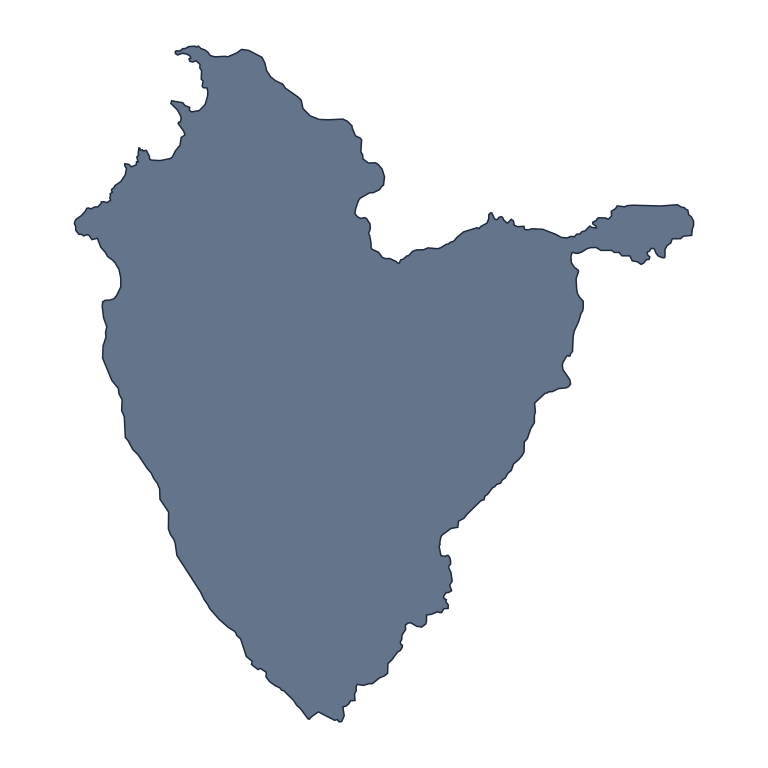 Santa Cruz, Guanacaste, Costa Rica
{"feature_id": "36466004B7119067190129", "entity_name": "Santa Cruz", "entity_type": "district", "adm_level": 2, "iso_a3": "CRI", "parent_name": "Costa Rica", "parent_adm1": "Guanacaste", "projection": "orthographic", "projection_center": [-85.683, 10.236], "detail": "fine", "context": "isolated", "style": "filled", "palette": "slate", "viewbox_px": 768, "rotation_deg": 0, "n_neighbors": 0, "source": "geoboundaries", "source_scale": "gbopen_adm2", "svg_char_len": 6064}
<svg xmlns="http://www.w3.org/2000/svg" viewBox="0 0 768 768"><path d="M687.8,210.1L685.5,209.0L684.4,207.6L681.4,207.1L677.4,204.7L660.7,206.0L633.5,205.2L627.3,205.6L624.4,206.8L617.2,205.9L615.5,208.6L611.3,211.2L611.5,216.1L609.0,218.6L608.0,219.1L605.7,218.0L598.5,217.8L597.4,218.3L596.4,220.4L592.6,222.3L592.9,224.0L596.1,226.3L596.3,227.9L591.9,227.4L589.8,226.1L585.0,230.9L582.1,231.6L579.7,234.0L576.5,234.2L574.6,236.7L570.6,236.4L567.1,238.0L561.2,237.4L556.2,234.5L542.7,229.3L532.0,228.7L528.5,229.8L525.4,229.6L524.3,229.0L524.0,226.3L517.6,226.7L514.4,225.4L513.4,220.9L511.2,219.3L507.4,223.2L504.1,220.5L502.5,217.4L501.3,216.6L499.0,217.3L497.3,219.6L495.5,219.4L494.4,218.5L491.8,212.9L490.5,212.9L488.8,214.6L488.7,218.9L486.9,223.2L481.0,226.3L479.0,228.6L477.2,227.7L463.5,231.9L456.5,237.8L454.0,241.0L450.1,242.4L448.3,244.0L446.2,244.3L440.6,247.8L437.6,248.7L428.0,247.9L423.3,249.8L416.7,249.9L412.6,251.3L408.5,255.7L406.7,256.0L403.3,259.1L400.7,259.9L399.3,263.1L397.7,263.2L395.8,261.3L389.7,258.5L385.6,258.6L382.4,257.5L378.5,252.2L372.0,249.3L371.0,247.3L371.1,243.6L369.6,235.2L368.6,233.7L370.3,228.7L370.0,223.8L366.4,218.4L364.3,217.6L361.2,218.4L359.2,217.8L357.0,216.3L354.9,213.5L355.7,208.6L358.5,200.5L360.3,198.1L369.6,192.8L373.3,192.7L379.6,189.6L381.8,186.3L383.5,185.2L384.5,176.9L382.1,169.0L377.8,164.1L375.4,162.8L368.4,163.0L363.0,158.9L362.6,154.8L360.9,151.9L361.6,139.8L360.1,138.0L355.4,135.8L352.2,127.9L352.0,125.9L347.5,121.3L342.9,119.1L328.0,119.8L319.1,119.4L310.2,115.9L303.0,108.6L301.2,100.1L298.0,97.0L285.4,88.2L282.7,84.1L275.5,80.7L270.6,76.8L266.6,70.5L264.9,63.1L262.0,57.3L248.7,50.4L241.6,49.4L236.8,52.9L227.6,56.9L225.4,56.3L215.0,56.8L211.9,56.1L209.7,55.0L208.1,52.4L204.9,49.9L201.0,48.6L198.4,46.1L196.0,47.0L194.9,46.1L188.5,46.6L185.6,48.4L182.8,48.7L179.9,50.9L176.1,50.9L175.3,51.6L175.4,53.6L177.6,55.0L182.4,53.3L186.6,54.0L189.6,55.7L190.5,57.1L190.8,58.1L189.0,58.9L189.9,61.3L192.7,62.0L196.1,60.8L200.0,64.4L199.8,67.8L201.6,70.8L201.2,79.2L203.1,80.9L202.2,86.0L203.2,87.7L206.9,88.0L207.8,91.3L207.6,96.0L205.1,104.5L199.4,110.5L191.6,111.9L189.4,110.3L189.7,107.4L184.9,105.5L182.7,102.7L171.6,100.8L170.9,103.4L177.3,109.8L180.7,116.1L181.1,118.9L180.3,122.0L179.0,122.0L178.1,123.5L183.8,131.4L184.7,134.3L184.5,135.3L181.2,137.4L180.0,145.3L175.5,150.7L172.5,156.7L170.4,158.5L160.1,160.6L151.5,160.1L149.8,159.4L149.2,155.8L146.3,150.4L143.1,150.9L142.5,149.8L140.4,150.2L139.9,148.3L138.9,147.9L138.1,153.6L138.6,154.9L136.8,157.1L138.1,161.9L136.5,161.8L136.2,164.8L131.5,166.8L128.7,164.3L124.9,163.7L124.6,165.4L126.5,168.7L125.2,174.9L120.8,181.6L115.0,185.5L114.0,187.6L111.7,189.4L111.5,190.8L112.5,192.1L110.2,193.8L110.4,196.0L109.7,198.0L110.7,200.1L107.0,202.6L103.8,201.7L101.3,201.9L101.4,203.1L97.9,206.8L94.2,207.1L91.1,208.9L88.6,208.0L86.8,208.3L85.3,211.3L81.1,215.8L76.4,219.0L75.1,220.8L74.4,223.7L75.7,226.5L75.7,230.3L78.9,234.3L81.9,234.5L83.6,235.9L86.7,234.8L88.9,235.2L91.9,239.6L97.4,238.3L100.8,247.3L105.1,252.1L107.7,256.6L112.6,260.1L115.0,262.7L119.0,269.5L120.8,278.1L120.8,286.9L116.5,295.7L114.0,298.7L109.8,300.1L105.3,300.3L102.7,301.8L102.2,306.4L103.6,317.7L106.8,326.8L105.5,332.5L106.0,337.0L103.1,345.8L102.6,358.1L111.9,380.5L118.3,388.4L119.0,393.8L122.1,399.8L121.7,410.7L124.3,416.8L125.3,437.5L127.9,440.4L132.8,449.5L138.1,454.8L147.3,468.6L151.1,472.9L153.8,478.6L157.2,483.2L159.6,488.7L160.0,499.3L168.6,512.1L168.4,528.8L170.3,534.3L173.8,539.4L175.2,543.4L176.9,555.4L200.6,592.1L204.2,599.7L207.5,604.2L209.7,608.6L219.1,619.3L227.9,627.1L234.4,631.2L235.9,632.9L236.7,635.4L240.6,638.9L246.4,656.6L252.2,661.3L251.5,664.5L258.1,669.6L260.4,668.4L266.3,672.3L266.0,676.9L269.6,681.6L275.2,685.7L279.8,687.8L281.6,690.3L283.5,690.5L293.5,700.3L296.6,705.2L300.4,708.6L307.9,718.7L309.2,719.3L311.2,717.0L318.3,711.9L334.6,720.3L337.3,719.6L339.0,721.9L341.7,721.6L344.2,715.7L342.9,706.9L346.2,706.0L348.8,703.8L350.6,700.8L355.0,700.5L354.5,693.9L356.2,690.8L356.2,686.4L357.2,684.4L363.3,685.4L369.1,683.7L372.5,683.6L379.6,677.8L384.6,675.8L387.6,673.3L387.9,664.1L388.6,662.9L391.9,659.8L397.5,652.2L400.5,650.3L402.3,647.1L402.4,645.3L400.7,644.1L400.3,641.8L401.7,639.8L402.0,635.1L405.6,629.6L405.4,625.0L408.5,622.9L411.0,622.9L416.7,626.3L421.7,627.1L425.8,623.9L426.5,621.4L426.6,615.0L431.5,614.3L437.7,611.7L439.4,612.6L441.6,612.6L443.8,608.7L448.1,608.5L448.3,605.0L445.8,601.7L446.4,599.6L444.0,598.6L443.6,596.0L446.2,592.6L448.6,592.5L451.6,590.7L449.7,585.2L452.2,581.1L450.9,572.4L448.7,567.7L448.8,566.1L450.5,564.3L450.6,561.3L450.0,558.1L448.3,555.5L446.4,555.5L445.3,556.4L440.9,555.6L439.1,546.2L440.1,544.4L439.8,542.4L441.0,536.6L442.4,534.8L451.1,528.4L457.8,527.3L458.6,521.1L464.1,518.2L466.6,514.7L480.9,500.7L484.1,499.7L484.8,496.2L487.5,494.4L492.6,487.8L494.8,486.6L496.8,484.3L500.5,483.3L502.3,480.0L505.4,477.8L507.6,473.6L511.3,470.4L513.6,463.9L518.7,459.6L522.5,455.1L524.1,451.7L524.3,442.0L527.3,438.6L530.8,428.6L534.4,422.7L534.4,415.5L535.4,411.9L534.6,403.1L545.0,393.3L547.5,392.9L548.5,391.8L552.5,391.6L558.4,388.6L566.2,387.9L568.6,386.6L570.6,384.1L569.9,379.8L563.0,369.7L562.3,365.1L563.0,362.4L566.5,356.4L567.7,355.5L568.7,356.2L570.1,355.9L570.5,353.9L572.5,351.4L573.2,336.4L574.2,331.2L578.7,321.4L581.1,313.3L582.7,310.9L583.3,307.1L583.2,301.2L579.9,297.7L577.6,293.8L576.6,288.8L576.1,278.7L578.6,271.4L577.8,269.8L574.4,267.4L571.4,262.6L570.9,256.5L571.9,253.1L573.2,252.4L575.5,253.3L578.4,253.3L582.2,251.8L586.8,248.8L590.2,247.7L596.1,247.5L600.9,250.4L611.7,250.4L614.3,252.4L619.1,252.5L622.0,255.8L629.8,255.9L632.2,260.8L637.3,261.7L641.1,264.4L643.7,263.1L646.4,259.7L649.1,259.4L649.8,256.9L647.6,254.8L647.2,252.1L649.3,251.3L651.2,248.5L653.1,248.4L654.5,249.3L655.9,252.9L658.0,255.9L662.3,257.7L664.3,257.7L665.0,256.9L665.0,249.5L667.0,245.7L670.8,243.0L672.2,238.8L680.6,238.7L683.4,236.2L691.7,235.4L692.3,229.0L693.6,225.4L693.6,221.1L691.1,216.5L688.8,215.0L687.8,210.1Z" fill="#64748b" stroke="#1e293b" stroke-width="1.5"/></svg>